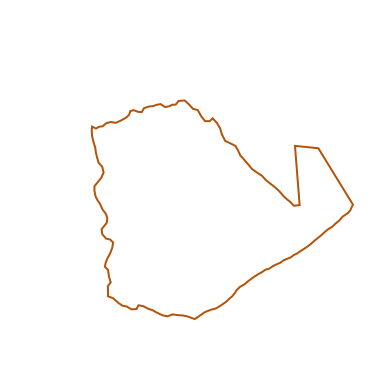 Cajazeirinhas, Paraíba, Brazil, rotated 325°
{"feature_id": "56859067B75006307595902", "entity_name": "Cajazeirinhas", "entity_type": "district", "adm_level": 2, "iso_a3": "BRA", "parent_name": "Brazil", "parent_adm1": "Paraíba", "projection": "equal_earth", "projection_center": [-37.807, -6.945], "detail": "fine", "context": "isolated", "style": "outline", "palette": "amber", "viewbox_px": 384, "rotation_deg": 325, "n_neighbors": 0, "source": "geoboundaries", "source_scale": "gbopen_adm2", "svg_char_len": 1977}
<svg xmlns="http://www.w3.org/2000/svg" viewBox="0 0 384 384"><g transform="rotate(325 192 192)"><path d="M205.4,97.1L200.7,95.8L196.6,97.8L193.4,94.9L191.2,91.5L187.8,90.4L184.8,92.7L180.6,93.2L174.7,92.7L169.2,91.6L165.5,88.0L161.2,86.5L156.5,86.9L153.4,85.3L149.7,84.9L147.7,81.1L145.1,84.1L142.2,88.9L140.1,94.2L138.2,100.1L135.9,104.5L134.0,109.4L132.3,114.4L132.9,120.0L130.7,125.4L125.5,128.5L119.5,130.1L115.3,131.4L112.7,135.2L110.4,140.6L109.9,144.8L109.8,149.2L108.7,155.1L108.9,160.7L107.6,164.9L104.5,168.3L101.0,169.4L96.6,170.6L94.3,175.0L94.9,180.9L97.7,184.0L98.4,188.2L94.6,192.0L89.3,195.6L84.7,197.8L80.9,200.3L77.8,203.2L78.5,207.7L75.5,213.6L73.6,219.4L69.1,220.8L66.4,225.0L63.4,229.3L66.4,233.7L68.1,240.7L69.7,245.0L72.8,248.3L75.2,253.5L79.4,256.0L83.2,254.1L86.7,257.7L89.5,263.1L91.8,266.0L93.8,270.2L97.1,276.1L100.7,279.8L105.9,281.1L109.8,284.8L113.5,287.7L116.7,291.1L121.4,297.7L127.8,297.8L133.6,297.8L139.9,299.3L144.8,301.1L149.9,301.5L156.7,301.5L161.5,300.8L165.0,300.5L169.3,299.3L172.5,297.9L177.1,297.2L181.6,297.7L187.8,297.2L194.5,297.1L199.1,297.3L203.6,297.8L207.3,297.7L211.3,299.1L215.4,299.1L219.5,299.7L223.6,300.6L228.0,300.5L232.4,301.5L235.4,302.2L238.9,302.0L242.8,302.6L247.2,302.6L250.5,302.8L254.0,302.9L258.9,302.8L263.8,302.2L269.9,301.8L273.9,301.5L277.7,300.9L281.8,300.6L287.3,300.9L291.2,300.2L296.0,299.9L301.3,298.6L304.8,298.6L308.3,298.6L311.3,297.7L316.6,294.6L320.6,228.6L302.8,213.3L272.7,264.4L267.6,261.8L266.8,256.4L265.6,252.6L264.6,247.9L264.0,241.7L262.8,236.0L260.8,229.6L259.3,224.4L258.6,218.8L256.1,212.6L254.3,207.2L253.7,199.8L253.2,194.6L252.5,189.7L253.5,184.8L254.0,179.2L251.3,174.1L248.5,169.2L249.6,161.6L251.6,155.9L252.0,149.7L251.2,143.5L247.1,144.1L243.4,141.5L243.0,135.5L243.7,128.2L240.5,124.4L239.9,119.3L238.5,112.8L233.2,109.7L228.7,111.1L225.9,109.2L222.5,108.6L218.8,107.2L216.6,101.9L213.0,100.3L209.7,99.4L205.4,97.1Z" fill="none" stroke="#b45309" stroke-width="2"/></g></svg>